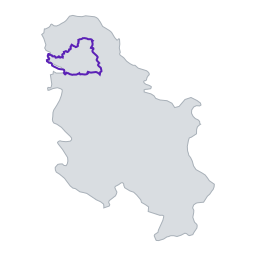 Republic of Serbia, with Južno-Backi highlighted
{"feature_id": "SRB-1059", "entity_name": "Južno-Backi", "entity_type": "District", "adm_level": 1, "iso_a3": "SRB", "parent_name": "Republic of Serbia", "parent_adm1": "", "projection": "albers", "projection_center": [19.57, 45.457], "detail": "fine", "context": "in_parent", "style": "outline", "palette": "violet", "viewbox_px": 256, "rotation_deg": 0, "n_neighbors": 0, "source": "natural_earth", "source_scale": "10m", "svg_char_len": 6712}
<svg xmlns="http://www.w3.org/2000/svg" viewBox="0 0 256 256"><path d="M144.2,92.0L151.0,93.9L154.0,95.8L155.7,98.4L160.0,100.0L167.0,100.7L171.9,103.2L174.7,107.6L179.1,106.4L185.0,99.5L191.0,97.5L197.0,100.5L200.4,103.0L201.0,105.0L199.7,105.9L196.3,105.7L193.7,107.0L191.7,110.0L191.5,113.2L193.1,116.4L195.3,118.6L198.0,119.8L199.6,121.4L199.8,123.6L200.6,124.2L199.0,125.3L197.4,126.9L196.6,129.5L196.5,133.8L191.3,137.2L189.3,137.9L188.5,140.1L187.3,146.4L187.6,151.0L188.4,153.4L188.8,155.3L190.6,157.6L192.3,161.2L193.6,166.0L196.0,169.6L202.1,173.0L205.2,175.0L207.5,178.0L209.3,180.7L214.3,184.2L214.1,186.9L213.1,189.5L212.0,190.8L209.7,194.2L207.4,196.2L203.6,202.2L197.4,202.8L195.9,203.3L193.6,205.0L192.6,207.9L193.8,210.2L193.7,212.6L192.8,217.3L194.5,222.2L196.8,224.4L197.2,225.7L196.9,228.0L193.7,232.8L192.8,234.6L189.5,235.6L188.3,235.2L186.5,233.6L184.9,233.2L181.0,235.2L177.0,236.5L173.8,235.7L170.7,235.7L168.5,236.6L166.9,236.9L163.7,239.0L158.6,240.6L156.2,240.4L155.3,238.5L154.2,235.8L154.7,234.5L158.0,232.3L158.4,230.2L162.9,220.2L163.7,216.9L163.7,215.9L162.4,215.2L159.8,215.3L148.2,211.5L148.6,206.9L145.2,204.5L141.5,202.4L140.8,199.9L136.7,195.0L133.7,192.2L129.9,190.9L126.6,188.9L124.7,187.7L123.8,185.4L123.7,184.0L122.7,182.7L121.2,182.8L118.6,184.7L115.3,186.4L114.8,187.5L116.0,190.3L116.9,192.0L116.5,193.7L115.5,195.8L109.3,200.6L108.6,202.2L109.8,204.8L109.1,206.1L103.8,207.9L103.9,206.4L103.6,204.1L100.5,201.7L96.3,199.8L86.8,193.4L83.2,192.5L79.9,191.8L75.3,188.6L72.9,188.1L70.2,185.9L64.5,178.3L59.6,174.2L56.3,172.1L55.4,170.1L55.2,168.0L55.3,167.3L57.8,164.4L59.8,164.0L62.3,163.9L63.9,165.4L66.1,165.7L67.3,163.8L67.9,161.0L67.6,157.5L62.5,149.4L58.0,143.7L57.5,142.4L58.5,141.4L60.0,140.8L61.7,141.3L66.0,141.7L70.2,141.2L71.6,139.8L71.6,138.0L70.1,136.2L65.2,131.5L61.5,127.4L57.0,124.3L53.8,123.0L52.8,121.4L52.4,119.6L52.8,116.5L53.0,112.5L53.8,110.0L56.8,105.3L59.6,100.3L61.4,95.4L62.3,90.9L62.0,89.6L60.5,88.7L57.4,87.7L53.1,88.5L49.4,90.1L48.0,90.3L47.6,88.2L48.1,87.4L49.3,87.5L50.2,87.9L51.2,87.0L51.8,84.2L50.4,74.8L53.1,74.0L53.2,72.6L53.4,71.4L56.2,73.1L60.2,73.1L63.6,72.8L64.2,71.9L64.1,70.5L63.4,69.5L62.2,68.6L61.3,67.3L59.0,66.7L51.7,63.3L48.1,59.7L48.3,55.8L49.3,53.8L50.6,53.0L50.2,52.3L46.1,50.5L44.7,48.0L45.9,44.9L43.8,38.4L41.7,34.5L43.9,32.8L44.2,30.3L44.4,28.9L45.3,29.0L48.8,27.4L50.1,26.0L50.8,24.5L51.7,24.1L54.0,25.8L56.5,26.0L59.3,24.9L61.4,23.5L63.9,22.2L65.1,21.4L66.5,20.1L69.5,16.2L72.8,15.4L77.2,16.4L82.0,16.7L85.6,15.8L94.7,16.8L96.6,17.7L97.9,18.7L100.3,22.1L102.6,26.4L105.8,28.3L109.7,30.7L111.6,32.4L114.6,37.5L116.9,40.1L117.6,39.9L118.4,39.2L118.9,38.7L119.5,39.2L119.6,40.8L119.8,44.2L119.3,48.0L120.1,51.5L120.2,52.6L119.6,53.6L119.7,54.5L120.5,55.4L123.7,57.7L126.6,61.2L130.0,63.7L133.1,65.3L135.0,65.3L138.3,68.2L144.6,70.1L146.7,70.8L148.1,72.0L149.1,73.3L149.2,74.8L148.3,75.5L147.0,77.6L146.4,80.0L145.5,80.7L144.4,80.7L143.7,81.5L143.9,82.5L144.8,83.5L146.1,84.4L148.7,85.2L151.2,86.5L151.2,87.5L150.7,88.7L147.5,89.2L145.2,89.4L144.1,89.9L144.2,92.0Z" fill="#d9dde1" stroke="#a8b0b8" stroke-width="1"/><path d="M48.1,57.1L47.8,56.4L47.8,55.4L48.4,54.0L48.7,54.0L48.7,54.3L48.8,54.4L49.0,54.6L49.2,54.8L49.3,54.9L49.5,54.9L49.8,54.6L50.0,54.6L50.3,54.6L50.8,55.0L51.2,55.2L51.3,55.3L51.7,55.3L51.8,55.3L52.0,55.5L52.1,55.9L52.2,56.0L52.3,56.2L52.4,56.3L52.5,56.3L53.0,56.4L53.4,56.4L53.6,56.4L54.0,56.2L54.3,56.1L55.1,56.6L55.3,56.7L55.4,56.8L55.5,57.0L55.5,57.3L55.5,57.5L55.8,57.7L56.1,57.6L56.3,57.6L56.8,57.5L57.2,57.4L57.4,57.3L57.5,57.2L57.8,57.2L58.1,57.2L58.3,57.2L58.4,56.7L58.5,56.6L58.6,56.4L58.8,56.3L59.1,56.4L59.5,56.9L59.6,57.2L59.7,57.3L59.8,57.4L60.0,57.4L60.1,57.5L60.2,57.4L60.3,57.4L60.6,57.3L60.7,57.2L60.9,57.2L61.2,57.2L61.5,57.2L62.0,57.3L62.7,57.5L62.7,57.3L62.8,56.9L62.9,56.7L62.8,56.4L62.7,56.3L62.5,55.9L62.4,55.8L62.4,55.7L62.4,55.4L62.4,55.2L62.3,54.9L62.3,54.5L62.4,54.4L62.5,54.3L63.0,53.9L63.7,53.6L63.9,53.5L64.1,53.5L64.1,52.8L64.1,52.7L63.9,51.9L64.6,51.7L65.0,51.6L65.2,51.4L65.5,51.2L65.8,51.1L66.0,51.1L66.7,51.5L66.8,51.6L67.0,51.9L67.2,52.0L67.3,52.0L67.5,52.0L67.7,51.9L68.1,51.6L68.3,51.4L68.5,51.3L68.6,51.0L68.8,50.7L68.9,50.4L69.0,49.9L69.1,49.7L69.2,49.4L69.3,49.4L69.5,49.3L69.9,49.4L70.2,49.3L70.4,49.3L70.5,49.2L70.7,48.8L70.7,48.3L70.8,48.0L70.8,47.9L70.7,47.8L70.6,47.5L70.5,47.2L70.5,46.9L70.7,46.4L70.8,46.3L71.1,46.0L71.2,45.9L71.3,45.4L71.7,44.7L72.2,45.0L72.6,45.2L72.8,45.4L73.1,45.7L73.3,45.8L73.6,46.0L74.0,46.1L74.3,46.2L74.6,46.3L75.3,46.8L75.6,47.1L76.2,47.0L76.5,46.9L76.9,46.6L77.0,46.6L77.3,46.4L77.5,46.3L77.7,46.2L77.8,46.1L77.8,45.9L77.9,45.7L77.8,45.4L77.7,45.0L77.7,44.7L77.8,44.4L77.9,44.0L78.0,43.7L78.2,43.4L78.4,43.1L78.5,42.9L78.5,42.4L78.4,42.3L78.4,42.2L78.3,41.9L78.5,41.7L78.6,41.4L78.7,41.2L78.6,40.9L78.5,40.5L78.3,40.0L79.0,39.6L79.6,39.4L79.9,39.2L80.0,39.2L80.8,39.2L81.1,39.1L81.6,39.0L82.0,38.8L82.1,38.7L82.5,38.4L82.7,38.2L83.3,38.2L83.5,38.2L84.0,38.1L84.5,38.1L84.8,38.1L85.4,38.3L85.5,38.3L86.2,38.4L86.3,38.4L86.8,38.6L87.2,38.7L87.4,38.8L87.8,39.1L88.0,39.2L88.5,39.2L90.4,39.2L90.8,39.3L91.2,39.4L91.3,39.4L91.5,39.5L91.8,39.7L91.9,39.9L92.1,40.2L92.3,40.4L92.5,40.6L92.8,40.8L92.5,41.1L92.0,41.3L92.4,42.6L92.6,43.8L92.5,45.1L91.8,46.5L91.0,47.5L90.9,47.9L91.7,48.1L92.9,48.0L93.3,48.2L93.5,48.9L93.3,49.2L92.9,49.6L92.6,50.2L92.4,51.0L92.6,51.7L93.0,52.3L96.8,55.8L97.7,57.1L96.6,59.9L97.1,60.8L98.5,62.2L99.2,63.0L98.7,63.4L98.5,64.0L98.3,64.5L98.0,65.0L98.7,66.1L100.7,67.7L101.1,69.1L101.4,70.6L101.4,71.4L100.2,72.1L100.0,72.9L100.0,73.8L99.8,74.5L99.0,73.6L97.5,72.6L96.0,72.0L91.1,72.6L90.2,72.5L87.9,71.8L87.4,72.7L87.4,72.8L87.4,73.0L87.5,73.1L87.7,73.3L87.8,73.4L87.7,73.5L87.4,73.8L87.1,74.0L86.9,74.1L86.6,74.2L86.1,74.3L85.9,74.4L85.7,74.4L85.0,74.5L84.7,74.5L84.4,74.4L83.8,74.4L83.1,74.3L82.9,74.3L82.5,74.2L81.8,74.2L81.2,74.2L80.9,74.3L80.7,74.3L80.3,74.4L80.2,74.4L79.7,73.7L79.3,73.1L78.9,73.5L78.7,73.7L78.6,73.8L78.3,73.9L77.8,73.9L77.7,74.0L77.3,74.2L77.0,74.3L76.3,74.6L73.9,74.6L73.4,74.6L73.2,74.6L72.5,74.8L72.4,74.8L72.2,74.8L71.8,74.7L71.2,74.5L70.8,74.3L70.7,74.3L70.2,74.3L70.0,74.2L69.9,74.2L69.7,74.1L69.5,73.9L69.4,73.8L69.1,73.7L68.9,73.7L68.7,73.6L68.4,73.3L68.3,73.2L67.4,73.1L67.2,73.1L66.8,72.8L66.7,72.8L66.6,72.7L66.4,72.8L66.2,72.9L66.1,73.0L66.0,73.3L65.6,74.0L65.4,74.2L65.4,74.3L65.2,74.4L64.9,74.2L64.7,74.0L64.6,73.9L64.5,73.7L64.4,73.6L64.1,73.2L63.9,72.9L64.3,72.4L64.4,71.1L64.0,69.9L63.2,69.5L59.6,69.1L58.4,68.8L55.9,67.5L54.3,66.8L52.1,65.5L51.9,64.3L51.8,63.8L51.3,63.2L50.6,62.9L50.1,62.8L49.1,62.8L48.5,62.3L48.2,62.0L47.8,61.8L47.0,61.3L46.9,60.1L47.8,59.7L48.9,59.5L49.2,58.7L48.6,57.7L48.1,57.1Z" fill="none" stroke="#5b21b6" stroke-width="2"/></svg>